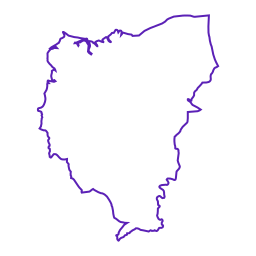 Mitsinjo, Boeny, Madagascar (Albers equal-area conic projection)
{"feature_id": "10022922B34339999190032", "entity_name": "Mitsinjo", "entity_type": "district", "adm_level": 2, "iso_a3": "MDG", "parent_name": "Madagascar", "parent_adm1": "Boeny", "projection": "albers", "projection_center": [45.923, -16.15], "detail": "fine", "context": "isolated", "style": "outline", "palette": "violet", "viewbox_px": 256, "rotation_deg": 0, "n_neighbors": 0, "source": "geoboundaries", "source_scale": "gbopen_adm2", "svg_char_len": 5662}
<svg xmlns="http://www.w3.org/2000/svg" viewBox="0 0 256 256"><path d="M118.4,240.6L119.0,240.3L119.5,239.2L121.1,237.9L123.3,237.1L123.9,236.7L124.8,235.4L126.8,234.8L127.0,234.5L127.1,233.3L129.1,233.2L129.5,233.1L130.4,231.8L131.4,231.3L132.4,230.4L134.7,229.3L135.9,228.3L137.0,228.3L138.6,228.7L140.6,229.9L143.1,230.3L148.7,231.5L150.5,230.3L151.2,230.5L151.9,230.9L154.2,230.7L154.6,230.3L155.8,230.8L156.6,231.0L157.3,230.7L157.7,230.3L159.2,227.9L160.5,227.8L161.2,227.9L162.5,227.4L162.8,227.0L163.1,226.0L162.9,225.3L161.9,224.6L161.7,223.9L161.8,222.5L162.6,221.1L162.6,220.5L162.4,220.0L162.2,219.6L161.5,219.3L160.3,219.8L159.5,219.6L158.5,218.8L157.5,216.8L157.2,215.9L157.1,215.4L157.6,213.8L157.8,211.5L157.9,208.5L159.6,206.7L159.7,206.1L159.3,205.6L158.6,205.3L158.1,204.8L157.9,201.3L156.9,199.4L156.8,198.3L156.9,197.8L157.3,197.1L158.6,196.2L159.6,196.0L160.3,196.3L161.9,197.8L162.5,198.1L164.2,197.8L164.6,196.7L164.1,194.2L164.1,192.7L163.8,191.0L163.0,189.9L160.7,188.4L159.7,187.6L159.5,187.3L159.4,186.5L160.1,185.7L161.7,185.1L165.8,184.7L166.9,184.9L167.5,184.7L167.9,184.3L168.3,183.7L168.5,182.7L167.9,181.4L166.7,179.7L167.1,179.0L167.5,178.6L168.0,178.5L170.3,178.6L172.8,179.3L173.7,179.8L174.5,180.0L175.0,179.9L175.5,179.5L175.9,178.0L176.5,171.9L176.7,171.3L179.1,168.6L179.7,167.3L179.8,166.3L178.3,162.6L177.7,160.5L178.7,153.1L178.4,150.9L178.5,150.2L177.6,148.9L176.1,148.8L175.3,148.4L175.2,146.2L174.7,144.4L174.4,141.3L174.4,139.0L174.7,136.6L175.6,136.0L176.1,135.3L177.5,134.1L178.1,133.7L179.4,132.4L180.3,131.2L180.4,130.5L181.1,129.1L182.7,126.8L187.1,122.6L187.5,121.7L187.8,118.2L187.8,112.0L197.7,111.2L199.6,110.4L200.7,109.6L197.5,107.5L192.5,104.9L191.4,103.5L190.8,102.5L190.1,101.8L188.1,100.5L187.8,100.0L187.8,99.3L188.0,99.1L188.7,99.2L190.3,100.5L191.2,100.7L191.4,100.6L191.5,99.5L191.6,99.0L193.3,96.8L194.1,95.3L194.1,92.9L194.5,92.0L195.1,91.2L196.6,90.0L197.8,87.9L199.4,86.3L201.4,84.1L202.4,82.6L206.4,82.5L208.7,82.0L209.8,81.3L210.5,80.4L210.8,79.2L210.6,76.6L210.7,75.5L211.0,74.3L212.0,73.3L213.0,71.5L213.2,70.5L214.3,68.4L215.3,67.6L216.7,67.1L218.1,66.1L216.1,62.2L214.9,59.5L213.3,54.6L211.6,46.4L210.8,44.4L209.9,40.7L209.4,36.9L209.0,35.7L208.5,32.6L208.4,26.5L208.9,15.4L194.8,16.8L193.7,16.7L190.2,15.6L185.4,15.5L182.8,15.6L173.8,16.6L168.8,18.6L167.2,19.5L165.0,21.7L162.1,23.5L150.2,28.1L144.5,30.9L139.0,35.5L132.5,35.9L132.0,35.1L131.5,34.6L128.1,34.1L122.6,32.5L121.9,34.1L121.2,34.9L121.6,32.4L121.6,31.7L121.2,30.9L120.7,30.6L119.5,30.7L118.3,32.4L117.8,30.9L117.3,30.1L116.6,29.8L115.6,29.9L113.8,32.9L112.4,32.9L111.9,33.0L110.8,34.4L108.3,36.4L108.2,37.1L108.5,39.0L109.0,40.0L110.8,41.7L110.8,42.0L110.6,42.1L109.9,41.9L108.7,41.0L108.2,40.1L107.3,38.2L106.8,37.4L106.4,37.1L106.0,37.1L103.1,39.1L102.5,39.7L102.4,40.0L102.4,40.4L103.3,41.7L103.4,41.9L103.3,42.1L101.8,41.8L98.8,40.5L96.7,41.2L95.5,41.9L95.2,42.3L95.9,43.3L95.9,43.6L97.0,45.0L97.3,45.7L97.3,46.2L97.1,46.2L94.0,43.0L93.4,43.1L92.6,41.9L91.2,41.4L89.4,41.1L88.4,41.1L89.3,42.8L89.8,44.3L90.0,45.6L89.9,46.6L88.8,49.2L88.7,50.6L88.9,51.3L89.4,51.9L91.6,53.7L91.1,54.4L89.0,52.9L88.0,51.6L88.6,45.7L88.4,44.8L87.4,43.4L86.6,41.8L85.8,41.1L84.4,40.5L83.5,40.5L82.1,41.1L80.2,42.3L80.0,42.1L79.6,42.2L78.0,43.2L77.9,43.5L78.6,45.3L78.3,45.8L77.2,44.0L77.5,42.6L75.9,43.1L74.7,43.2L75.0,42.6L76.1,42.7L76.6,42.5L78.8,41.5L83.3,39.7L85.2,39.9L87.3,40.5L87.5,40.4L87.5,40.2L87.0,38.8L86.3,38.6L85.4,38.9L84.8,38.8L80.3,38.1L77.7,37.5L74.3,37.1L68.5,35.6L66.3,33.8L64.1,32.3L63.5,32.0L63.1,32.0L63.0,32.3L64.4,35.1L64.3,36.3L63.9,37.0L62.3,38.0L60.6,38.7L60.3,39.1L59.7,41.1L58.6,43.1L57.7,43.4L56.5,44.4L51.4,47.3L49.8,48.7L49.9,48.8L50.2,48.8L51.0,48.3L54.7,46.5L55.2,46.5L56.2,47.2L57.0,48.1L55.2,48.0L55.2,47.6L55.0,47.3L52.8,48.7L50.7,49.1L49.0,51.0L47.8,52.7L47.5,53.4L47.6,57.2L47.4,58.3L47.6,58.9L47.5,60.7L47.9,61.7L49.7,64.0L51.0,65.2L52.4,67.0L54.5,68.5L55.3,70.1L55.4,70.5L54.1,69.5L51.9,70.9L51.9,72.8L51.5,74.3L51.2,75.9L51.3,76.8L52.1,79.9L52.4,80.3L52.9,80.5L54.3,80.1L55.4,81.2L54.0,81.8L49.3,80.9L48.1,80.5L47.8,80.7L47.6,81.7L48.8,83.2L47.4,83.3L47.2,84.3L47.3,85.9L47.0,88.1L46.5,89.9L44.4,93.5L44.9,95.3L45.4,98.1L45.4,99.6L45.0,101.8L44.0,104.5L43.1,106.0L42.5,106.7L41.1,107.6L38.4,108.3L38.0,108.8L37.9,109.5L38.0,110.5L38.3,110.9L39.8,111.2L41.2,111.8L41.6,112.5L41.5,113.2L42.1,114.2L42.1,114.5L41.6,115.3L42.3,117.4L41.7,118.4L41.7,119.2L41.4,121.1L41.5,123.8L41.1,125.3L41.0,126.3L39.6,128.5L41.3,129.5L43.6,130.3L45.1,130.3L46.0,130.8L46.8,131.8L47.6,133.0L47.5,134.1L47.7,135.8L48.4,137.0L49.2,137.8L49.3,138.1L49.0,139.0L48.3,139.9L48.1,140.8L48.7,142.7L49.6,144.5L49.6,145.8L48.8,146.4L48.5,147.4L48.7,148.3L49.7,148.7L49.9,149.8L49.9,151.4L49.3,152.6L49.1,153.4L49.7,155.9L49.7,156.8L50.5,157.5L51.2,157.4L53.5,154.4L53.9,154.1L54.8,154.1L56.0,154.3L57.0,155.0L57.9,155.9L59.1,157.3L60.6,158.7L61.3,159.1L62.3,159.4L64.8,159.5L67.0,159.0L66.9,162.0L68.7,164.2L68.5,165.4L68.6,166.4L69.3,169.7L70.8,171.7L70.6,173.4L70.7,175.4L71.2,176.2L71.1,178.1L72.6,178.5L73.9,179.6L78.2,186.0L79.3,187.5L81.7,190.0L81.8,190.9L81.5,191.9L81.8,192.6L89.4,191.6L90.5,190.9L91.6,189.9L93.1,189.0L94.2,189.9L98.2,192.1L100.9,193.2L102.1,193.3L103.6,193.9L105.0,194.8L107.0,196.6L109.1,199.8L110.6,202.4L111.5,204.5L111.6,205.7L112.2,206.8L113.0,210.8L113.3,213.8L113.9,216.7L114.3,217.8L116.1,218.8L119.1,221.2L120.6,222.0L123.2,222.4L124.7,222.8L127.1,222.9L124.2,224.8L122.3,227.3L120.1,229.9L118.7,232.5L118.6,233.9L118.2,234.6L116.4,235.2L116.3,235.5L117.0,235.7L117.0,236.3L117.3,237.1L117.2,238.3L117.4,239.4L117.8,240.0L118.4,240.6Z" fill="none" stroke="#5b21b6" stroke-width="2"/></svg>